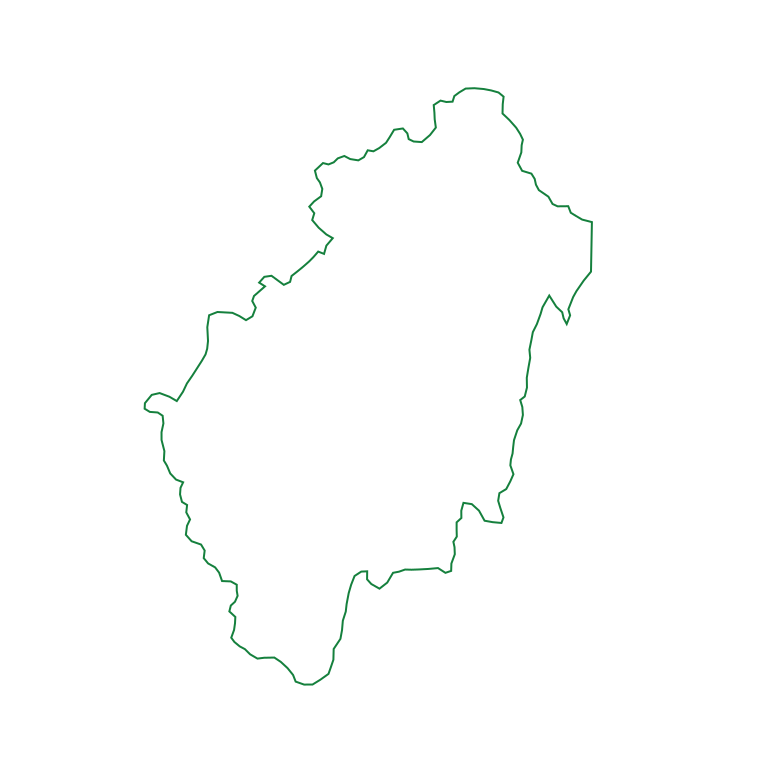 Taquarituba, São Paulo, Brazil (Albers equal-area conic projection), rotated 239°
{"feature_id": "56859067B69954779789207", "entity_name": "Taquarituba", "entity_type": "district", "adm_level": 2, "iso_a3": "BRA", "parent_name": "Brazil", "parent_adm1": "São Paulo", "projection": "albers", "projection_center": [-49.233, -23.534], "detail": "fine", "context": "isolated", "style": "outline", "palette": "green", "viewbox_px": 768, "rotation_deg": 239, "n_neighbors": 0, "source": "geoboundaries", "source_scale": "gbopen_adm2", "svg_char_len": 3058}
<svg xmlns="http://www.w3.org/2000/svg" viewBox="0 0 768 768"><g transform="rotate(239 384 384)"><path d="M568.7,634.5L574.9,632.3L580.5,627.0L585.4,621.5L591.0,613.8L595.2,606.1L595.2,598.8L594.6,592.6L590.7,588.2L593.6,582.7L597.8,578.4L597.5,570.3L590.7,567.0L584.8,563.8L577.1,560.5L573.7,551.6L571.9,541.0L576.6,534.3L581.2,531.3L586.8,533.1L593.3,531.8L596.7,523.6L592.7,516.1L589.7,510.0L588.7,501.4L588.9,494.8L592.7,490.4L588.8,483.7L588.9,477.2L594.2,470.9L599.9,467.4L601.2,460.6L599.9,455.1L600.8,449.5L604.8,445.5L602.5,434.7L595.1,432.5L589.8,432.9L583.0,431.6L577.3,426.8L576.5,418.1L574.5,411.3L566.3,412.2L561.5,406.9L551.6,408.5L541.9,411.6L535.4,415.2L532.3,405.9L526.4,399.6L531.4,395.8L529.2,389.1L527.6,382.9L526.2,375.2L525.1,367.7L524.2,360.4L519.9,356.1L520.6,349.2L534.7,343.3L537.5,336.6L535.2,329.2L529.0,332.3L526.4,317.9L523.0,313.8L515.5,313.4L509.8,306.1L509.8,298.6L516.8,295.0L523.1,290.7L531.5,278.3L533.0,269.5L523.7,261.8L511.5,255.3L505.3,250.6L501.3,246.3L497.7,239.8L489.8,223.8L486.0,215.4L480.9,207.7L476.1,197.6L483.6,193.5L491.8,187.0L494.3,179.3L490.7,169.2L486.1,166.1L480.7,168.9L476.1,175.4L470.8,177.9L463.8,174.6L457.3,168.5L450.6,164.5L439.6,161.2L431.8,155.9L425.8,155.9L417.4,154.7L409.2,156.5L403.2,161.2L399.8,156.1L394.4,152.3L387.0,150.1L381.7,152.9L375.8,148.4L367.8,148.0L363.9,142.1L356.8,136.5L348.3,138.1L340.6,144.5L333.6,144.5L327.6,139.8L320.8,140.8L313.8,144.8L307.2,145.5L298.5,143.7L293.7,151.0L287.8,154.4L282.6,151.3L277.8,149.4L274.1,144.1L273.0,138.6L268.7,134.3L260.9,136.6L255.7,133.1L250.4,128.8L245.2,122.4L239.9,122.9L233.4,125.2L228.4,128.2L221.3,130.0L213.8,134.1L211.1,140.2L206.0,149.1L199.0,152.4L190.1,155.0L181.4,156.2L174.4,155.0L167.5,160.7L163.2,168.0L163.3,176.9L164.1,187.1L168.3,192.2L173.7,198.6L182.8,204.4L188.0,215.4L194.7,221.3L202.3,226.8L208.6,234.0L214.6,238.6L223.0,246.1L228.9,252.5L234.6,259.9L234.9,267.9L232.1,273.1L225.3,268.9L219.1,270.1L210.9,274.7L212.1,284.5L217.5,294.5L215.4,300.2L214.1,306.5L210.6,312.0L207.0,318.5L202.5,327.0L198.4,335.5L190.5,339.4L189.2,345.3L195.4,349.3L201.6,357.0L207.8,360.4L213.0,362.2L215.7,367.8L221.7,371.2L228.0,375.0L229.3,381.3L235.6,385.0L241.2,390.9L235.8,397.4L226.5,400.2L215.0,399.8L209.6,406.0L204.4,413.1L208.1,417.7L218.0,419.9L225.1,421.7L231.0,426.7L231.0,434.7L235.5,442.1L240.0,448.5L249.2,450.4L253.9,453.9L258.2,458.4L263.6,462.4L268.9,466.5L275.7,474.4L279.5,481.1L285.9,487.1L293.0,490.7L300.1,492.5L300.8,498.2L307.3,504.7L315.8,509.6L323.7,516.3L331.1,522.8L338.5,526.3L345.8,533.0L351.8,538.3L356.6,545.9L363.4,554.3L368.1,559.4L374.7,571.2L361.6,571.5L353.7,573.7L347.8,571.8L341.3,571.5L347.0,578.9L353.1,580.5L361.1,590.9L364.5,596.8L369.8,608.5L373.7,619.3L415.7,645.6L422.9,638.5L429.2,635.1L434.6,632.3L441.5,633.5L446.9,624.3L451.5,621.2L459.9,621.4L470.4,616.6L476.6,616.9L482.2,618.8L488.4,618.7L495.6,612.2L504.8,612.6L511.8,621.0L517.8,625.0L521.9,628.9L528.3,629.5L535.6,629.3L545.8,627.4L554.8,624.9L562.7,629.9L568.7,634.5Z" fill="none" stroke="#15803d" stroke-width="2"/></g></svg>